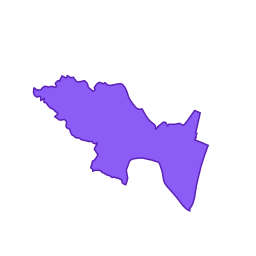 Ba Don, Quảng Bình, Vietnam (Natural Earth projection), rotated 37°
{"feature_id": "81297802B46228878369339", "entity_name": "Ba Don", "entity_type": "district", "adm_level": 2, "iso_a3": "VNM", "parent_name": "Vietnam", "parent_adm1": "Quảng Bình", "projection": "natural_earth1", "projection_center": [106.332, 17.736], "detail": "fine", "context": "isolated", "style": "filled", "palette": "violet", "viewbox_px": 256, "rotation_deg": 37, "n_neighbors": 0, "source": "geoboundaries", "source_scale": "gbopen_adm2", "svg_char_len": 5056}
<svg xmlns="http://www.w3.org/2000/svg" viewBox="0 0 256 256"><g transform="rotate(37 128 128)"><path d="M202.5,93.6L199.9,94.3L195.9,95.2L191.6,96.4L188.4,97.3L188.0,94.2L187.2,94.2L186.2,90.8L184.9,91.3L183.9,88.7L176.5,72.4L174.3,73.0L170.7,73.9L170.9,80.7L171.1,85.9L171.0,89.5L170.9,91.5L170.6,92.1L170.1,92.5L169.1,92.9L166.3,93.3L165.1,94.6L163.6,96.5L160.1,99.2L158.4,100.4L158.3,102.4L154.7,100.9L152.7,102.1L151.9,105.3L151.0,109.1L151.4,109.2L151.2,110.4L151.0,111.3L150.7,112.2L149.6,110.9L148.7,110.0L148.1,109.7L147.4,109.5L146.1,109.3L143.6,109.3L141.7,109.2L139.2,108.8L136.7,108.0L135.3,107.6L131.8,106.1L129.1,104.9L128.2,104.4L127.8,104.4L127.4,104.6L127.0,105.0L126.3,105.8L125.4,106.4L124.4,106.8L123.4,106.9L122.0,106.9L119.9,106.5L117.6,105.9L114.9,105.0L112.2,104.1L109.6,102.7L107.4,101.2L105.5,99.8L104.2,99.1L102.7,98.2L102.1,97.9L100.6,97.3L99.4,96.9L97.7,96.6L96.4,96.7L95.4,97.1L95.2,97.2L94.4,97.9L93.1,99.2L91.4,101.2L89.8,102.9L88.9,104.0L87.5,105.1L86.1,105.8L85.0,105.9L83.6,105.8L82.4,105.6L81.4,107.7L80.4,107.9L79.7,108.1L78.7,108.5L78.1,108.5L77.8,108.8L77.2,109.5L76.9,110.5L76.7,111.6L76.6,113.7L76.7,115.4L76.7,115.8L76.9,116.1L77.5,116.5L78.3,116.8L78.6,117.0L78.6,117.6L78.3,118.9L78.1,119.6L76.0,119.6L73.7,119.5L72.5,119.4L71.4,119.1L70.9,118.8L70.3,118.2L70.0,117.7L68.4,117.0L67.1,116.5L66.0,116.5L65.0,116.4L64.5,116.5L64.2,117.0L63.5,118.0L62.0,119.6L60.4,121.2L59.8,121.6L59.2,121.7L58.0,121.6L56.8,121.3L55.6,121.1L55.1,121.0L54.4,120.4L54.0,120.3L53.7,120.4L53.2,121.0L52.5,121.7L52.0,122.1L51.3,122.4L49.7,122.5L48.4,122.6L48.1,122.6L48.0,122.9L48.0,123.2L48.3,123.6L48.6,124.2L48.6,124.6L48.5,125.1L48.4,125.3L48.2,125.5L47.1,125.6L45.7,125.7L44.9,125.9L44.0,126.1L44.3,128.0L44.6,130.0L44.9,130.6L45.2,131.3L45.3,131.6L45.2,131.9L44.9,131.9L44.5,131.6L44.1,131.9L43.5,132.5L43.2,134.1L43.0,135.4L43.1,136.0L43.8,136.6L44.6,137.0L45.2,137.1L45.5,137.2L45.6,137.8L45.7,138.7L45.7,139.1L45.3,139.4L44.4,139.6L42.5,140.3L41.7,140.9L40.6,142.5L39.9,143.1L39.0,143.4L37.8,144.0L36.6,144.7L36.0,145.3L35.7,146.6L35.4,148.1L35.4,149.0L35.4,149.8L35.3,150.2L34.8,150.7L33.7,151.4L33.1,152.0L32.4,152.3L31.4,152.5L30.1,152.3L28.9,152.5L28.8,152.9L28.9,153.2L29.8,154.4L30.6,155.7L31.2,156.6L32.1,157.2L33.2,157.9L34.3,158.3L35.2,158.2L36.0,158.1L36.8,158.0L37.0,157.9L37.3,157.4L37.7,156.5L38.3,155.9L38.9,155.7L39.6,156.0L40.3,156.7L40.9,157.5L41.4,158.2L41.7,158.5L41.9,158.4L42.4,157.1L42.8,156.2L43.0,155.5L43.2,155.0L43.3,155.0L43.6,155.0L43.9,155.5L44.5,157.0L44.8,157.4L45.1,157.7L45.5,157.9L45.8,158.0L46.2,157.9L46.8,157.5L47.3,157.2L47.7,157.2L48.7,157.6L49.4,157.7L49.6,157.8L49.9,158.0L50.5,158.2L52.2,158.5L53.1,158.6L54.2,158.7L55.4,158.5L56.9,158.0L57.4,158.0L58.4,158.2L59.6,158.5L60.8,158.5L61.8,158.5L62.7,158.6L63.1,158.7L63.3,159.1L63.4,159.4L63.2,160.3L62.9,161.6L62.8,162.4L62.8,163.1L63.6,162.9L65.0,162.9L66.1,162.9L67.1,162.8L67.9,162.9L68.4,162.9L69.1,162.5L69.9,161.7L70.6,161.2L71.4,160.0L72.0,159.6L72.6,159.5L73.6,159.5L74.4,159.8L75.5,160.5L76.1,161.4L76.7,162.6L77.5,163.8L77.8,164.2L78.3,164.5L79.2,164.6L80.1,164.6L81.1,164.2L81.8,164.1L82.3,164.2L83.3,165.0L85.4,166.4L86.4,166.8L87.2,167.1L87.9,167.3L88.3,167.2L88.7,166.9L89.3,166.8L90.1,167.0L91.0,167.3L91.9,167.1L93.8,166.4L94.4,165.7L94.9,165.3L95.8,165.3L97.1,165.4L98.1,165.3L99.8,164.5L101.8,163.6L103.9,162.7L104.9,162.4L105.5,161.9L106.3,161.2L106.7,160.8L107.0,160.6L107.5,160.6L108.0,160.7L108.6,160.9L109.0,161.0L109.6,160.8L111.2,160.4L111.7,160.1L112.0,159.6L112.2,159.0L112.3,158.5L112.5,158.5L112.7,158.9L113.1,160.6L113.3,162.6L113.5,164.3L113.7,164.9L114.2,165.3L114.8,165.6L115.8,165.9L117.7,166.6L120.0,167.4L120.3,168.9L120.5,171.5L120.5,173.2L120.4,174.7L120.2,175.2L120.1,175.4L119.6,175.7L120.0,176.8L120.8,178.4L121.2,179.3L121.5,180.3L121.8,181.4L122.0,181.9L122.2,182.2L122.7,182.3L123.4,182.2L124.1,182.1L124.7,182.2L125.0,182.5L125.4,183.1L125.8,183.6L127.4,181.4L128.3,180.8L129.7,179.7L131.1,179.0L132.3,178.6L133.3,178.7L133.9,179.1L135.4,178.6L138.3,178.3L139.3,178.2L140.8,177.6L142.2,177.1L143.2,177.1L144.2,177.2L145.2,176.9L146.2,176.2L147.0,175.2L147.5,175.0L148.7,175.0L149.1,174.8L149.5,174.3L150.2,174.0L152.2,173.7L153.6,173.4L154.0,173.3L154.7,173.7L155.8,174.7L156.5,175.2L157.3,175.3L158.5,175.2L159.3,175.0L160.2,174.6L160.3,174.6L159.3,171.4L157.9,168.2L156.9,167.2L154.5,165.1L152.5,163.2L151.7,162.0L150.7,158.5L149.7,155.5L149.3,153.8L149.4,152.2L150.0,150.5L152.0,148.2L155.5,144.8L158.3,142.9L162.5,141.1L165.9,139.5L168.0,138.7L170.0,138.1L172.0,137.3L172.9,137.0L173.8,137.2L175.1,137.8L176.6,138.8L180.5,141.5L183.0,143.5L184.6,145.1L187.1,147.5L189.2,149.2L191.2,150.2L194.1,151.1L194.9,151.3L199.1,152.1L208.5,154.1L212.5,155.2L216.1,156.3L219.1,157.0L222.0,157.4L224.1,157.5L226.1,157.2L227.2,157.0L225.7,154.8L225.8,153.1L225.6,151.1L225.5,150.4L224.9,148.4L223.1,143.7L219.7,137.4L217.1,132.4L214.8,127.4L210.9,118.2L209.8,115.8L208.1,111.2L207.3,108.7L205.6,104.0L204.6,100.5L203.3,96.5L202.5,93.6Z" fill="#8b5cf6" stroke="#5b21b6" stroke-width="1.5"/></g></svg>